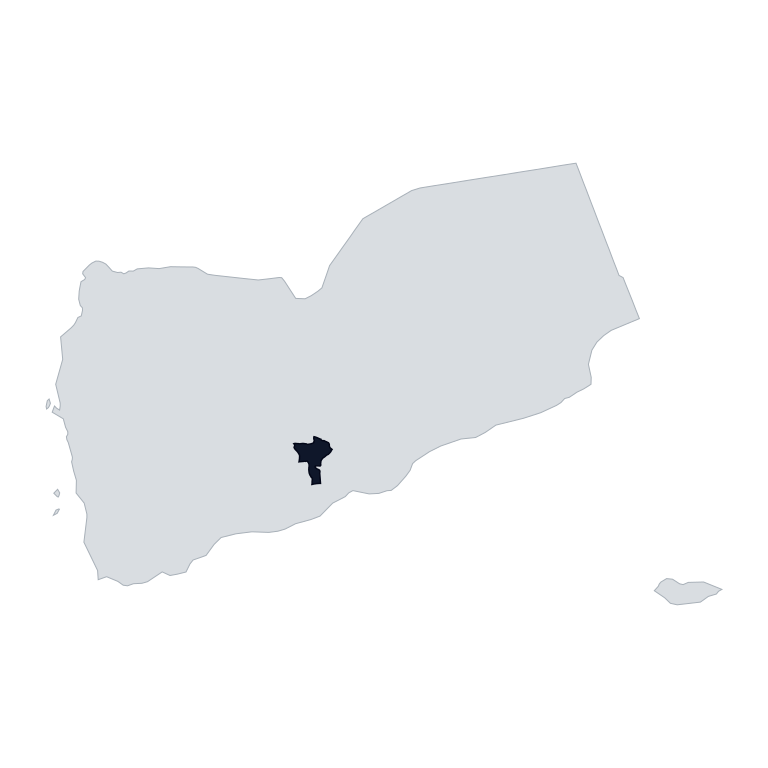 Ar Rawdah, Shabwah, Yemen (highlighted)
{"feature_id": "15242507B21642495199859", "entity_name": "Ar Rawdah", "entity_type": "district", "adm_level": 2, "iso_a3": "YEM", "parent_name": "Yemen", "parent_adm1": "Shabwah", "projection": "natural_earth1", "projection_center": [47.316, 14.501], "detail": "fine", "context": "in_parent", "style": "filled", "palette": "ink", "viewbox_px": 768, "rotation_deg": 0, "n_neighbors": 0, "source": "geoboundaries", "source_scale": "gbopen_adm2", "svg_char_len": 5829}
<svg xmlns="http://www.w3.org/2000/svg" viewBox="0 0 768 768"><path d="M639.4,318.6L611.1,330.4L603.7,335.6L596.9,342.1L591.9,350.1L588.4,364.3L591.2,377.3L591.0,384.3L583.7,388.9L576.9,392.2L569.3,397.3L564.7,398.5L560.9,402.6L556.5,405.4L540.7,412.7L523.4,418.3L495.9,425.1L485.3,432.4L475.6,437.5L461.0,439.0L440.8,446.0L429.6,451.6L415.7,460.7L412.6,463.6L410.1,470.3L405.9,476.1L397.5,485.6L391.2,490.4L387.0,490.7L378.8,493.4L369.1,493.9L352.9,490.6L348.7,492.9L345.3,496.6L332.7,503.1L320.0,516.1L310.7,519.6L295.6,523.7L285.0,529.1L277.9,531.2L268.8,532.4L251.9,531.8L235.9,533.8L221.1,537.5L214.1,544.4L206.1,555.4L193.1,560.0L190.0,563.9L186.0,572.0L177.6,574.1L170.0,575.5L162.2,571.9L147.5,581.7L141.9,583.3L133.5,583.7L127.5,585.8L123.2,585.2L117.9,581.4L106.6,576.7L98.2,579.7L97.6,570.5L83.9,542.2L86.9,517.6L86.9,514.1L84.2,503.1L76.1,493.0L76.4,480.3L73.7,471.2L71.6,461.8L72.3,459.3L72.4,457.1L68.3,442.6L66.9,439.7L66.4,436.7L67.8,434.4L67.8,431.7L65.6,427.3L63.3,418.8L52.2,412.2L54.5,406.0L56.6,408.2L59.6,410.1L60.2,406.1L60.2,403.1L55.7,384.3L62.7,359.4L60.6,336.9L71.2,327.8L73.8,325.1L75.4,322.7L77.9,317.5L81.3,315.9L82.5,310.5L82.4,307.8L80.3,305.5L78.7,299.2L79.2,291.2L79.8,287.8L81.0,281.7L84.7,279.5L85.6,277.7L82.7,273.8L83.0,271.5L89.3,265.1L91.8,263.1L95.8,261.1L99.0,261.2L102.6,262.3L105.9,264.1L109.0,267.4L112.3,271.1L117.5,272.5L121.0,272.2L123.8,273.8L126.2,272.9L128.9,271.0L133.3,271.1L137.2,268.9L148.4,267.9L159.2,268.6L170.5,266.7L181.7,266.9L193.0,267.0L195.5,267.3L198.0,268.4L207.5,274.2L214.7,275.3L229.3,276.9L244.8,278.6L258.3,280.0L269.7,278.7L279.2,277.5L281.7,277.7L284.6,281.3L290.3,290.1L295.7,298.4L305.1,298.8L311.2,295.7L317.8,291.3L321.9,287.9L326.6,274.4L329.6,265.6L336.6,255.8L342.4,247.6L350.2,236.7L354.4,230.6L362.9,218.7L370.9,214.1L386.5,205.1L401.7,196.3L411.6,190.6L420.0,188.0L434.2,185.7L450.8,183.1L467.5,180.4L485.2,177.6L505.0,174.5L518.5,172.3L535.8,169.6L550.1,167.3L562.9,165.2L576.0,163.2L578.6,169.8L581.1,176.4L583.6,183.0L586.2,189.6L588.7,196.2L591.2,202.8L593.8,209.5L596.3,216.1L598.8,222.7L601.4,229.3L603.9,235.9L606.4,242.5L609.0,249.1L611.5,255.8L614.0,262.4L616.6,269.0L619.0,275.4L623.1,277.6L625.5,283.7L629.0,292.4L632.5,301.1L635.9,309.9L639.4,318.6ZM679.6,583.8L683.1,584.6L688.3,582.4L703.6,582.0L721.9,589.4L718.5,591.3L716.4,594.0L708.4,596.4L700.4,602.1L677.2,604.8L670.4,603.3L664.7,597.8L654.3,590.7L658.4,586.2L659.2,584.1L660.8,582.1L666.6,578.6L672.5,579.2L679.6,583.8ZM59.0,495.6L58.3,497.0L57.3,496.7L53.8,493.2L57.6,489.3L59.7,492.9L59.0,495.6ZM48.4,407.6L46.6,409.0L46.1,406.5L47.3,400.7L49.1,399.0L50.4,403.3L49.5,405.7L48.4,407.6ZM57.2,513.3L53.4,515.3L56.0,510.1L58.6,509.0L59.4,509.2L57.2,513.3Z" fill="#d9dde1" stroke="#a8b0b8" stroke-width="1"/><path d="M299.0,461.8L303.7,461.4L304.1,461.2L304.6,461.2L305.0,461.3L305.5,461.4L305.9,461.3L306.4,461.2L306.8,461.0L307.3,461.1L307.6,461.5L307.8,461.9L308.1,462.3L308.4,462.7L308.6,463.2L308.8,463.7L309.0,464.2L309.1,464.7L309.1,465.3L309.1,465.8L309.1,466.3L309.0,467.0L308.9,467.5L308.9,468.0L308.9,468.6L308.8,469.1L308.8,469.6L308.9,470.2L308.9,470.7L309.0,471.3L309.0,471.8L309.1,472.3L309.2,472.9L309.3,473.4L309.5,473.9L309.7,474.4L309.9,474.9L310.1,475.3L310.4,475.7L310.7,476.2L310.9,476.6L311.1,477.1L311.5,477.4L311.8,477.7L312.2,478.2L312.2,478.8L312.3,479.3L312.3,479.8L312.2,480.4L312.2,480.9L312.1,481.5L312.1,482.0L312.1,482.5L312.1,482.9L312.1,483.6L312.0,484.0L311.9,484.5L312.0,484.5L312.4,484.3L312.9,484.2L313.4,484.1L313.9,484.0L314.4,483.9L314.9,483.8L315.4,483.8L315.8,483.7L316.3,483.6L316.7,483.6L317.2,483.5L317.7,483.5L318.1,483.5L318.6,483.4L319.1,483.4L319.5,483.4L320.0,483.4L320.5,483.4L320.1,478.3L319.7,473.1L319.8,472.5L319.9,472.0L319.9,471.4L319.8,470.9L319.6,470.4L319.3,470.0L318.9,469.8L318.4,469.5L317.0,468.9L316.1,468.2L315.3,467.5L315.0,466.8L315.3,466.2L316.0,465.9L317.6,465.8L318.9,465.9L320.1,466.0L320.6,465.5L320.8,464.9L320.6,464.0L320.7,463.0L320.9,461.2L321.2,460.4L321.6,459.7L321.8,459.4L322.9,458.0L324.7,456.8L326.6,455.1L327.2,454.8L327.7,454.6L328.1,454.4L328.5,454.1L328.9,453.7L329.2,453.4L329.6,453.0L329.9,452.7L330.2,452.3L330.6,451.9L330.8,451.5L331.1,451.1L331.3,450.6L331.6,450.1L331.9,449.7L332.1,449.4L331.7,449.1L331.3,448.8L331.2,448.7L330.9,448.5L330.6,448.3L330.6,448.2L330.2,447.9L329.9,447.5L329.8,447.4L329.7,447.0L329.6,446.8L329.5,446.5L329.4,446.1L329.3,445.6L329.3,444.9L329.3,444.7L329.3,444.4L329.1,443.9L328.9,443.4L328.6,443.0L328.4,442.7L327.8,442.5L327.6,442.3L327.4,442.3L327.3,442.2L326.9,442.1L326.5,441.8L326.0,441.6L325.6,441.5L325.3,441.3L325.2,441.3L324.8,441.0L324.4,440.8L324.2,440.7L323.9,440.6L323.5,440.7L323.3,440.7L323.0,440.7L322.8,440.7L322.6,440.6L322.2,440.6L321.8,440.4L321.5,440.3L321.3,440.0L321.0,439.7L320.9,439.2L320.3,439.1L319.8,438.9L319.4,438.8L319.4,438.7L319.0,438.5L318.5,438.3L318.1,438.1L317.6,437.9L317.2,437.7L316.7,437.5L316.3,437.4L315.9,437.2L315.4,437.1L315.0,436.9L314.5,436.8L314.0,436.7L313.9,437.1L313.8,437.7L313.8,438.2L313.8,438.8L313.9,439.3L314.2,439.7L314.4,440.2L314.2,440.7L314.0,441.1L313.9,441.6L313.9,442.2L313.6,442.7L313.1,443.1L312.4,443.3L311.7,443.6L310.2,444.0L307.6,444.4L306.8,444.2L306.4,443.9L305.9,443.8L305.4,443.8L304.9,443.7L304.5,443.6L304.0,443.6L303.5,443.5L303.1,443.5L302.5,443.5L302.1,443.5L301.6,443.6L301.1,443.6L300.6,443.7L300.1,443.8L299.6,443.8L299.2,443.8L298.7,443.7L298.2,443.6L297.7,443.6L297.2,443.6L296.8,443.6L296.3,443.5L295.8,443.5L295.4,443.4L294.9,443.5L294.4,443.5L294.0,443.6L293.8,443.7L294.1,444.0L294.4,444.4L294.6,444.9L294.7,445.5L294.6,446.0L294.4,446.5L294.2,447.0L294.1,447.6L294.8,448.8L295.3,449.5L296.7,450.9L297.9,452.3L298.9,454.0L299.4,454.8L299.6,456.1L299.5,458.4L299.5,458.6L299.1,461.5L299.0,461.8L299.0,461.8Z" fill="#0f172a" stroke="#020617" stroke-width="1.5"/></svg>